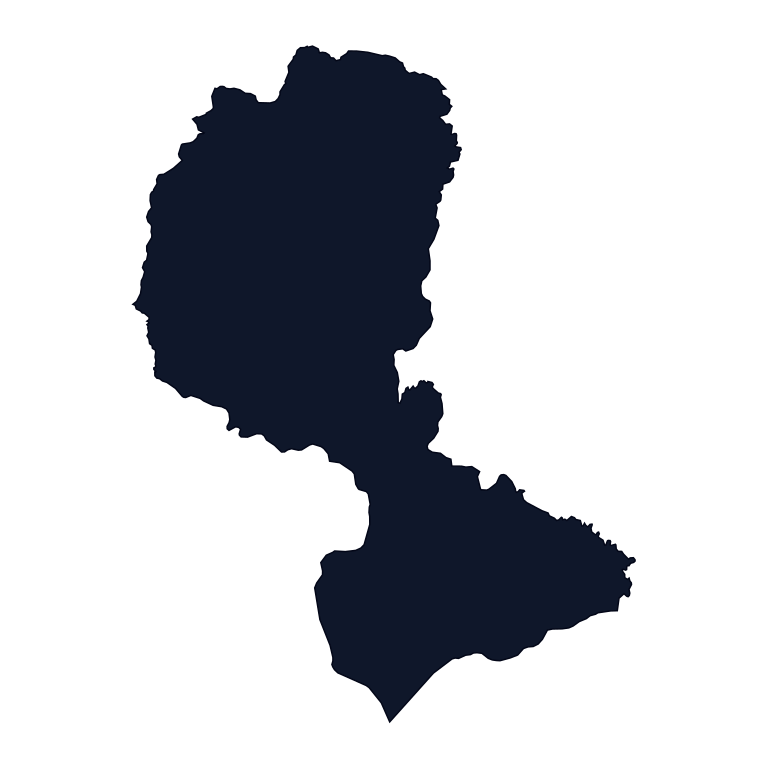 Same, Manufahi, East Timor (Mercator projection)
{"feature_id": "22284137B41872156490215", "entity_name": "Same", "entity_type": "district", "adm_level": 2, "iso_a3": "TLS", "parent_name": "East Timor", "parent_adm1": "Manufahi", "projection": "mercator", "projection_center": [125.715, -9.045], "detail": "fine", "context": "isolated", "style": "filled", "palette": "ink", "viewbox_px": 768, "rotation_deg": 0, "n_neighbors": 0, "source": "geoboundaries", "source_scale": "gbopen_adm2", "svg_char_len": 6063}
<svg xmlns="http://www.w3.org/2000/svg" viewBox="0 0 768 768"><path d="M429.3,301.0L425.3,299.1L422.6,296.4L421.3,293.5L420.7,285.9L421.8,280.8L425.9,277.0L430.0,269.9L430.0,260.8L428.3,248.7L433.9,239.3L438.9,225.6L437.8,220.4L435.2,218.1L437.1,207.9L435.9,204.8L436.2,203.9L440.1,201.2L440.8,200.0L441.3,194.9L439.2,191.7L442.6,189.1L442.9,184.2L449.6,181.9L453.1,177.3L453.6,175.0L453.1,171.4L453.9,169.0L453.0,168.1L449.6,169.2L447.3,168.0L449.4,166.2L450.5,162.0L458.0,160.3L459.9,154.0L459.2,152.8L459.3,151.9L461.2,149.7L460.6,147.6L456.2,146.9L454.8,145.9L457.1,143.5L457.3,142.4L456.3,140.8L456.6,135.1L456.1,133.7L454.6,133.5L451.9,134.5L451.0,134.1L452.2,126.0L449.6,123.9L445.6,124.3L442.7,120.4L439.6,117.8L440.1,116.3L446.9,114.2L449.7,110.4L450.2,108.1L451.8,106.3L449.3,104.3L449.6,99.7L444.9,96.0L442.3,94.9L441.2,89.6L445.7,88.9L440.8,84.4L438.4,80.4L436.1,78.7L432.9,78.6L431.6,77.1L423.3,73.7L419.6,74.7L414.6,72.1L409.5,73.4L408.5,73.0L405.2,70.2L404.8,68.1L403.5,66.7L402.5,63.0L399.6,61.8L395.2,57.9L389.4,56.1L385.3,55.2L382.3,55.7L367.9,52.3L356.8,51.1L348.5,51.0L346.7,53.6L341.0,57.2L340.5,59.6L336.0,60.7L333.6,58.0L330.6,57.8L329.0,54.9L325.6,52.8L322.5,52.3L319.4,52.8L318.2,48.9L312.5,46.1L308.0,47.3L307.2,46.3L304.6,47.6L300.4,47.7L297.2,50.4L295.9,55.0L293.5,57.0L293.2,59.3L288.1,66.2L288.9,72.3L285.1,81.4L285.8,83.7L284.4,84.6L280.0,91.8L280.0,94.7L278.1,98.6L275.3,101.5L270.1,103.0L258.3,102.7L256.1,99.8L255.3,96.1L250.5,93.6L245.2,93.3L239.9,89.8L234.0,88.3L230.0,88.9L226.1,88.4L224.0,86.7L222.5,86.4L220.2,86.5L217.0,88.8L215.0,88.3L211.8,96.3L213.4,107.2L213.1,108.6L210.9,110.7L206.3,113.2L206.1,114.4L198.8,117.3L196.7,116.8L192.6,119.1L197.0,124.3L198.4,129.9L204.2,132.9L203.5,133.6L200.0,133.8L198.3,134.7L196.9,138.2L193.2,141.7L190.2,142.9L182.3,144.1L181.4,145.0L178.6,154.0L179.3,156.8L182.3,160.4L173.5,168.2L169.8,170.6L163.8,174.3L159.9,174.6L158.5,175.4L156.6,179.5L157.1,183.8L153.7,189.5L153.4,191.2L151.7,192.2L150.4,194.6L150.1,200.7L151.6,207.8L148.6,211.4L146.7,217.1L148.1,221.7L151.0,224.5L151.7,226.7L151.1,231.8L151.9,234.8L151.7,237.6L146.7,246.0L146.8,251.2L147.9,253.2L147.7,254.9L146.6,260.2L144.2,262.2L142.5,267.7L144.7,271.6L143.1,277.3L141.4,280.6L141.0,284.8L141.5,287.1L140.5,293.7L136.7,301.3L132.9,304.3L135.2,305.3L136.3,308.9L140.6,311.0L142.2,312.9L144.3,313.2L149.1,317.3L149.0,319.6L146.9,321.2L148.3,321.8L149.0,323.0L146.9,324.6L148.1,326.1L147.8,328.0L148.7,332.4L147.0,335.8L148.9,338.9L149.6,343.7L152.0,345.3L152.4,348.3L155.2,350.0L155.7,352.5L155.0,357.0L155.9,360.3L155.2,364.1L155.8,365.8L155.5,367.0L153.8,367.9L153.9,369.5L156.0,371.5L155.6,372.2L154.8,372.1L154.9,375.8L156.8,378.1L159.6,378.7L162.5,381.0L166.9,382.4L175.5,388.4L182.3,396.4L183.8,397.3L185.7,397.5L190.9,395.4L200.2,398.4L203.6,400.9L213.1,405.3L221.7,406.7L226.5,409.0L229.0,413.0L229.8,419.5L229.1,422.6L227.1,426.4L227.2,428.8L229.0,430.4L235.6,426.8L238.6,427.3L240.6,429.2L239.2,433.8L239.4,435.1L241.1,436.9L247.6,437.1L256.6,433.7L261.6,433.9L264.2,435.8L266.5,439.9L274.6,445.3L281.5,452.0L284.6,451.9L287.7,449.8L291.5,448.7L298.3,450.2L301.6,449.9L309.5,445.0L312.7,444.0L321.1,446.6L323.8,448.5L328.2,453.8L329.6,461.2L339.7,462.7L352.0,471.0L354.3,473.9L355.8,484.3L358.2,488.6L359.0,489.4L366.4,491.6L368.3,494.0L370.2,504.4L369.3,507.0L369.0,512.5L369.7,516.4L369.8,524.4L364.1,544.7L360.8,548.1L355.7,550.4L345.3,551.6L334.6,551.0L332.7,552.4L326.3,555.2L320.8,562.6L322.6,570.9L322.5,574.8L316.7,583.0L314.7,587.9L319.9,619.6L330.1,645.4L332.9,657.5L332.9,660.9L331.9,664.5L332.8,666.9L334.5,669.7L337.9,672.9L366.2,685.5L369.1,687.6L381.3,702.8L389.7,721.9L433.4,673.1L452.1,658.9L455.1,658.0L458.6,658.4L465.6,655.2L470.5,654.6L473.4,653.0L477.0,652.7L481.9,653.3L488.2,658.3L492.2,659.9L496.3,660.5L500.0,660.7L510.3,657.9L517.7,655.0L523.5,648.5L528.0,646.9L533.2,646.5L538.2,644.0L542.4,639.3L547.4,630.1L552.5,629.0L562.2,628.8L568.8,627.9L573.1,626.0L579.2,621.6L586.4,618.6L590.1,615.7L595.6,614.2L597.8,612.8L610.6,610.9L617.3,610.7L619.0,598.2L624.0,593.7L626.7,596.2L628.1,596.7L629.3,595.5L629.8,593.1L629.0,589.4L631.5,584.5L631.3,582.8L629.8,580.8L629.1,578.1L627.5,579.4L624.8,577.7L624.7,574.3L622.8,571.7L622.3,569.5L623.3,569.2L625.6,570.1L626.6,569.6L626.8,566.4L627.7,565.6L628.9,565.8L630.6,563.3L633.7,562.4L635.1,561.0L635.0,559.7L633.4,557.7L630.2,557.9L628.5,559.2L623.5,554.1L621.7,551.4L618.1,551.3L616.2,548.9L615.9,544.9L615.4,544.3L611.0,545.5L610.1,544.8L610.6,541.6L610.1,540.6L608.2,540.4L607.4,540.9L605.8,545.1L604.6,545.1L603.0,540.2L598.7,537.5L598.2,536.2L599.3,533.8L598.6,532.1L597.4,532.5L596.2,534.5L595.1,534.6L591.7,531.9L591.0,528.2L592.2,524.8L592.0,524.1L590.0,524.4L587.8,526.9L585.9,525.5L584.5,523.2L583.2,525.8L581.9,526.1L580.3,520.5L575.8,519.5L574.5,517.7L571.4,516.5L566.9,520.5L564.9,519.2L562.7,519.7L562.1,517.7L561.4,517.3L558.8,519.9L556.6,520.5L554.4,518.2L549.3,515.8L548.1,513.0L541.9,510.7L526.7,502.6L523.5,499.7L522.1,494.8L521.9,493.1L524.5,491.2L523.9,490.4L519.6,489.8L518.1,491.7L516.4,492.3L515.6,491.0L515.3,488.7L511.8,481.6L505.9,475.4L503.7,474.6L501.1,474.9L499.6,476.3L496.5,483.3L488.9,489.2L486.8,490.1L481.2,489.8L480.5,489.1L477.4,476.6L479.6,471.6L471.8,466.6L465.8,467.1L461.5,466.2L451.8,466.1L450.9,459.2L446.0,457.6L440.5,453.3L432.3,452.2L427.9,449.5L427.1,446.3L428.3,443.3L433.7,438.2L438.0,431.3L438.2,428.4L437.5,425.5L437.9,421.9L441.7,416.6L442.8,413.7L442.0,403.5L440.4,397.2L441.2,394.7L440.6,393.6L438.4,393.1L432.7,388.1L432.4,386.4L433.4,384.4L432.0,382.5L427.9,381.5L427.8,382.4L426.2,382.9L423.9,380.7L422.1,381.6L421.0,380.8L419.4,381.8L417.9,386.0L415.4,388.3L414.5,388.2L413.1,386.1L409.9,390.0L408.9,389.9L407.9,387.1L406.0,388.4L404.8,392.6L402.3,394.1L401.9,399.0L399.9,403.2L398.2,402.7L398.0,393.9L397.2,388.9L398.8,381.3L397.3,372.5L393.8,365.3L394.1,359.5L393.2,354.6L395.9,350.4L397.6,349.5L402.7,348.8L405.8,351.0L413.1,348.5L416.3,345.2L419.3,338.4L430.2,326.7L432.7,319.0L430.0,310.7L430.5,302.8L429.3,301.0Z" fill="#0f172a" stroke="#020617" stroke-width="1.5"/></svg>